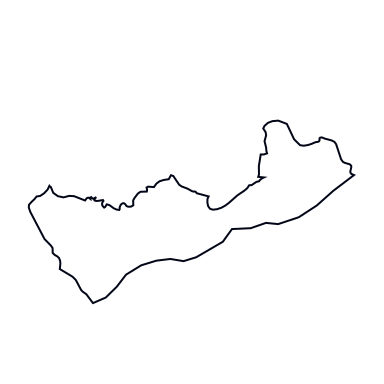 SVG path tracing the border of Edirne, rotated 62°
{"feature_id": "TUR-2240", "entity_name": "Edirne", "entity_type": "Province", "adm_level": 1, "iso_a3": "TUR", "parent_name": "Turkey", "parent_adm1": "", "projection": "mercator", "projection_center": [26.457, 41.291], "detail": "fine", "context": "isolated", "style": "outline", "palette": "ink", "viewbox_px": 384, "rotation_deg": 62, "n_neighbors": 0, "source": "natural_earth", "source_scale": "10m", "svg_char_len": 2345}
<svg xmlns="http://www.w3.org/2000/svg" viewBox="0 0 384 384"><g transform="rotate(62 192 192)"><path d="M250.0,43.1L251.4,42.4L253.1,41.0L257.3,66.8L262.5,88.1L264.4,109.6L260.8,131.0L254.0,141.2L251.5,157.2L243.5,174.1L248.4,184.1L250.4,188.1L251.6,218.9L249.1,231.9L241.0,242.5L235.9,255.7L232.9,271.2L234.0,289.0L240.3,302.8L244.5,317.0L244.7,317.6L243.7,330.5L243.6,331.6L232.6,333.3L228.7,335.3L226.5,335.9L215.1,335.9L210.6,337.3L198.0,344.9L193.2,341.7L190.6,340.7L187.8,340.4L185.6,341.2L183.0,342.8L180.4,343.6L176.0,341.4L173.2,341.7L164.3,344.3L133.6,344.1L129.2,343.4L126.8,342.0L125.5,338.6L124.4,334.6L123.0,331.3L124.2,328.0L123.7,323.2L122.1,318.4L119.6,315.0L120.9,314.7L121.4,314.3L127.6,314.9L132.7,312.4L136.4,308.0L137.8,302.2L140.3,298.1L149.3,290.4L148.1,288.0L148.2,286.5L148.7,285.8L150.4,285.0L149.8,284.8L149.3,284.8L149.1,284.4L149.2,283.4L150.7,283.0L151.5,282.5L151.6,281.3L151.6,279.0L152.4,281.1L152.6,282.0L153.8,282.0L155.0,280.7L155.9,278.7L157.3,274.4L158.3,274.4L158.9,275.6L159.7,276.6L160.9,277.3L162.3,277.5L164.5,276.9L164.4,275.5L163.4,274.0L162.9,273.0L164.9,271.0L169.7,268.7L172.0,266.9L173.7,264.7L173.2,263.9L171.6,263.1L169.8,260.9L169.4,258.9L169.8,257.5L171.3,256.7L173.7,256.4L175.1,255.2L176.3,252.6L176.2,250.1L171.8,247.9L170.3,245.6L168.0,240.6L167.6,237.4L170.4,231.7L169.2,230.7L166.7,230.0L166.7,228.2L169.8,223.3L167.9,219.5L167.3,215.6L168.1,211.3L169.8,206.5L167.3,202.7L169.1,201.0L179.6,199.9L182.4,198.4L186.8,194.5L191.4,191.5L192.4,190.4L192.8,189.4L193.5,188.7L195.3,188.4L203.7,179.4L205.4,181.6L208.6,183.4L212.1,184.4L215.2,184.0L217.4,181.9L218.9,178.1L219.7,173.5L219.6,168.8L218.9,164.4L216.3,153.6L215.4,145.3L214.6,141.5L212.9,138.3L213.9,136.1L213.3,130.4L214.0,127.7L213.4,126.5L213.0,125.0L212.8,123.3L212.9,121.7L209.7,126.4L208.1,124.7L200.5,120.8L191.1,113.7L192.6,110.9L193.1,107.6L190.5,107.0L187.5,105.7L181.2,104.1L176.7,99.9L173.7,98.9L169.4,99.3L167.7,97.0L166.6,92.5L167.2,87.7L169.5,82.3L176.4,76.3L193.4,77.1L201.4,74.6L203.6,71.6L205.0,67.5L205.7,63.4L205.8,61.8L205.9,60.5L206.1,59.3L206.8,57.4L206.9,56.1L206.4,55.3L204.4,54.1L204.2,53.2L204.8,51.7L205.9,50.7L207.1,49.8L211.9,44.6L214.6,42.7L217.5,42.3L233.1,45.0L236.3,44.6L238.0,43.4L241.6,39.7L243.6,39.1L245.1,39.9L248.2,42.6L250.0,43.1Z" fill="none" stroke="#020617" stroke-width="2"/></g></svg>